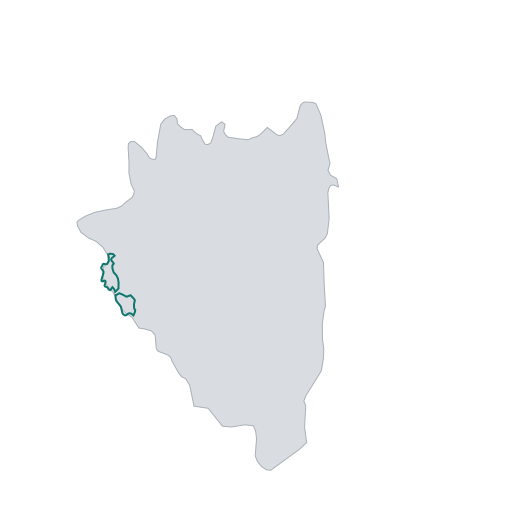 Bosnia and Herzegovina, with Posavina highlighted, rotated 226°
{"feature_id": "BIH-3153", "entity_name": "Posavina", "entity_type": "Canton", "adm_level": 1, "iso_a3": "BIH", "parent_name": "Bosnia and Herzegovina", "parent_adm1": "", "projection": "robinson", "projection_center": [18.542, 44.999], "detail": "fine", "context": "in_parent", "style": "outline", "palette": "teal", "viewbox_px": 512, "rotation_deg": 226, "n_neighbors": 0, "source": "natural_earth", "source_scale": "10m", "svg_char_len": 3211}
<svg xmlns="http://www.w3.org/2000/svg" viewBox="0 0 512 512"><g transform="rotate(226 256 256)"><path d="M404.3,150.2L405.0,152.6L403.1,161.2L399.4,170.4L393.4,179.9L387.1,189.0L385.4,193.7L385.0,201.3L384.2,207.3L385.1,210.6L387.2,213.6L394.2,216.0L403.7,222.0L411.8,229.9L422.2,238.8L425.4,242.1L425.4,245.6L422.4,248.2L413.6,249.2L404.4,248.5L400.8,247.5L397.5,248.6L395.5,250.7L396.6,253.0L406.1,263.9L417.1,279.3L417.8,286.0L416.5,291.2L413.9,294.9L409.3,294.3L405.9,291.4L400.6,291.6L396.5,292.4L391.2,298.0L388.5,297.8L384.0,298.6L381.1,299.7L376.5,298.1L371.7,297.0L369.6,298.8L368.7,302.0L371.7,308.0L377.3,317.3L376.4,324.5L372.1,325.2L368.2,319.3L364.7,318.3L360.8,318.5L351.8,325.4L345.1,331.2L343.6,335.3L341.2,339.7L340.5,342.9L340.6,353.5L328.6,355.2L326.1,356.8L324.7,360.0L325.7,373.7L326.6,381.0L333.5,392.3L333.7,395.9L332.8,398.2L327.9,402.7L325.5,404.3L324.0,404.9L316.0,401.9L312.2,400.5L296.2,390.5L289.1,384.9L278.0,377.7L271.1,373.5L267.6,367.3L262.1,365.8L255.6,367.8L248.3,363.3L253.5,361.0L254.8,358.7L254.2,355.8L251.9,351.9L232.2,334.7L222.6,323.0L221.0,318.8L221.0,307.6L218.7,305.0L204.3,299.9L188.2,285.3L171.6,271.1L169.4,267.1L160.9,256.3L150.5,246.5L142.2,240.3L135.4,233.2L128.0,223.2L124.2,208.2L120.9,194.8L118.5,189.7L113.8,187.8L99.1,172.0L86.6,162.8L86.8,152.8L89.1,136.3L91.7,117.7L94.8,115.1L100.5,113.7L107.1,114.3L112.8,116.6L124.0,129.3L130.4,134.2L135.8,136.1L142.2,130.8L150.1,119.5L156.9,113.6L179.7,115.8L191.0,107.1L209.1,118.5L216.5,120.2L220.8,118.6L226.5,119.3L239.2,122.7L242.1,124.1L246.0,123.8L255.4,119.4L258.6,119.9L269.3,128.6L274.8,128.7L281.3,125.0L285.5,121.7L297.8,124.2L304.9,122.7L310.8,122.5L317.2,124.0L323.0,126.0L328.7,127.8L344.0,128.7L351.3,134.2L354.2,139.6L354.3,142.9L355.0,146.4L359.3,149.9L368.5,151.9L374.3,151.4L377.4,151.2L385.2,148.1L394.5,146.5L401.1,148.3L404.3,150.2Z" fill="#d9dde1" stroke="#a8b0b8" stroke-width="1"/><path d="M328.1,129.8L328.9,130.3L331.2,131.0L333.3,131.1L333.1,129.6L332.7,128.3L332.8,127.5L332.8,127.3L334.1,126.8L334.8,126.9L336.2,127.2L336.9,127.2L337.5,127.0L338.7,126.3L339.3,126.3L339.9,126.5L340.3,127.0L340.9,128.4L341.4,129.3L342.0,130.0L342.8,130.3L343.6,129.9L343.9,129.4L344.0,128.7L344.3,128.1L344.7,127.7L345.3,127.6L345.9,127.9L346.3,128.4L349.6,134.3L350.6,135.4L351.7,135.8L354.1,136.0L354.7,136.2L355.1,136.5L355.3,136.9L355.6,137.6L355.6,137.8L355.6,138.4L355.7,138.7L355.9,139.0L356.3,139.6L356.5,140.0L356.2,141.0L354.3,142.3L353.7,143.4L354.6,146.6L357.6,149.4L359.8,150.7L359.6,151.0L359.2,152.5L356.6,154.5L354.4,154.5L354.4,153.3L354.7,151.1L354.3,149.6L353.4,148.9L351.1,148.7L349.3,148.4L349.0,146.1L346.7,144.0L343.0,142.2L339.2,142.2L335.7,141.0L332.2,138.6L329.5,135.8L328.2,134.6L328.0,131.1L328.1,129.8ZM306.7,120.0L308.8,120.8L312.8,123.3L314.1,123.8L320.3,124.2L322.0,124.9L323.5,126.0L325.5,127.9L324.7,129.3L324.2,131.8L322.0,132.8L319.1,133.8L316.6,134.6L316.0,136.1L315.3,137.5L314.9,138.5L313.0,138.5L310.2,138.5L308.3,138.1L306.1,134.8L304.2,133.0L302.6,131.8L301.0,131.6L299.9,130.1L298.6,127.1L298.4,126.6L299.3,126.5L301.2,126.2L302.7,125.3L303.3,124.2L303.4,122.8L303.6,121.5L304.5,120.4L306.7,120.0Z" fill="none" stroke="#0f766e" stroke-width="2"/></g></svg>